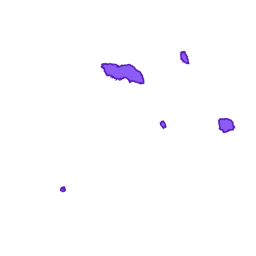 San Cristobal, Galápagos, Ecuador (orthographic projection), rotated 232°
{"feature_id": "8360857B96374734157472", "entity_name": "San Cristobal", "entity_type": "district", "adm_level": 2, "iso_a3": "ECU", "parent_name": "Ecuador", "parent_adm1": "Galápagos", "projection": "orthographic", "projection_center": [-89.85, -0.532], "detail": "fine", "context": "isolated", "style": "filled", "palette": "violet", "viewbox_px": 256, "rotation_deg": 232, "n_neighbors": 0, "source": "geoboundaries", "source_scale": "gbopen_adm2", "svg_char_len": 5842}
<svg xmlns="http://www.w3.org/2000/svg" viewBox="0 0 256 256"><g transform="rotate(232 128 128)"><path d="M182.6,144.0L182.5,143.9L182.4,144.2L181.7,144.4L181.3,145.1L181.5,145.6L181.2,145.8L181.1,145.5L180.9,145.9L180.1,146.3L180.1,146.7L179.6,146.6L178.9,146.9L178.7,146.6L178.8,146.8L178.7,147.0L178.6,146.8L178.5,147.2L178.8,147.2L178.3,147.4L178.1,147.2L177.8,147.6L177.5,147.1L177.2,147.0L177.4,147.2L177.2,147.3L177.1,147.1L176.6,148.0L175.2,148.2L175.1,148.8L174.7,148.9L174.6,149.2L174.1,148.9L173.8,149.3L173.5,149.0L173.6,149.7L173.4,150.2L173.0,150.5L172.6,150.4L171.7,151.3L171.2,151.0L171.1,151.4L170.8,151.7L171.4,152.1L171.5,152.4L171.2,152.8L171.4,152.8L171.1,153.1L170.7,153.0L170.9,153.8L170.0,154.4L170.3,155.1L170.0,155.7L170.4,155.7L170.5,156.0L169.8,156.5L169.6,156.9L168.7,157.7L167.1,157.8L166.9,158.2L166.6,158.1L166.3,158.1L165.8,158.4L165.2,158.3L164.9,158.6L164.7,158.5L164.7,157.9L164.2,157.9L163.8,157.7L163.0,157.8L162.8,157.7L162.8,158.3L162.6,158.4L162.8,158.8L163.1,158.8L163.2,159.1L162.9,159.4L163.1,159.9L162.8,160.1L162.6,160.7L162.0,160.8L161.9,160.7L161.8,160.8L161.1,161.4L161.1,161.7L159.8,162.1L159.5,162.3L159.6,162.6L158.7,163.2L158.6,163.5L157.4,163.8L156.9,164.4L156.1,164.6L156.0,165.0L155.5,164.9L155.3,165.1L155.4,165.5L155.6,165.5L155.7,166.2L155.4,166.5L155.0,166.3L154.5,166.3L154.2,166.7L154.2,167.0L153.8,167.9L153.9,168.2L154.2,168.2L154.4,168.5L155.1,168.7L156.1,169.9L156.7,169.8L157.7,170.3L158.0,170.2L158.0,170.4L158.4,170.4L158.4,170.6L159.1,170.6L159.7,171.2L160.5,171.2L160.8,171.6L161.2,171.7L161.6,171.3L161.7,171.6L162.2,171.7L163.1,171.5L163.1,171.8L163.3,171.9L163.7,171.8L164.6,172.0L166.1,171.3L166.3,171.3L166.5,170.9L167.0,170.7L167.3,170.7L167.6,170.4L167.9,170.5L168.0,170.4L168.4,170.5L168.8,170.2L169.7,170.0L171.4,170.3L172.4,170.1L173.0,169.7L173.4,169.8L174.0,169.7L174.3,169.5L174.5,169.0L175.3,168.8L175.8,168.8L176.1,168.5L176.4,168.6L177.0,168.0L177.5,167.8L177.9,166.9L178.0,166.0L178.2,165.6L178.5,165.4L178.9,164.8L178.8,164.7L179.9,163.7L180.1,162.8L180.4,162.3L180.3,162.0L180.6,161.8L181.1,161.8L181.2,161.5L181.4,161.4L181.3,160.8L181.4,160.3L181.2,160.2L181.6,159.5L181.5,159.2L181.4,159.1L181.4,158.9L181.8,158.6L182.0,158.6L182.0,158.4L182.2,158.6L182.5,158.3L182.4,158.6L182.6,158.6L182.6,158.4L182.4,158.2L182.6,157.9L182.8,157.9L183.0,157.6L183.2,157.9L183.4,157.5L183.6,158.0L183.8,157.7L184.1,158.0L184.3,157.8L184.7,157.8L185.9,157.1L185.9,156.9L186.3,156.7L186.5,156.4L187.0,156.1L187.2,154.8L187.5,154.8L187.9,154.5L188.0,154.6L188.1,154.4L188.3,154.4L189.6,153.6L190.4,151.6L190.5,151.1L190.8,150.9L191.0,151.0L191.1,150.8L190.9,150.7L191.1,150.4L191.5,150.7L191.7,150.3L192.4,150.1L192.4,149.7L192.7,149.5L192.6,149.4L192.6,148.9L193.0,148.5L193.8,148.0L194.0,147.5L193.9,146.8L193.6,146.6L193.4,146.8L193.2,146.7L192.7,146.7L192.7,146.4L193.0,146.3L192.6,146.2L192.6,145.9L192.9,145.1L192.5,145.1L192.1,144.7L191.5,144.9L191.3,145.2L190.9,145.2L191.0,145.3L190.7,145.8L190.0,145.9L189.8,146.1L189.4,145.7L188.7,145.6L187.7,144.9L187.5,144.4L187.3,144.3L186.3,144.4L186.1,144.7L185.5,144.6L185.3,144.3L184.6,144.5L184.3,144.1L184.1,144.4L183.9,144.0L182.6,144.0ZM71.0,199.6L70.7,199.7L70.6,200.1L70.0,200.0L69.8,200.3L69.5,200.2L69.5,200.5L69.3,200.6L69.1,200.4L68.5,201.2L68.0,201.3L67.9,201.6L67.0,201.4L66.8,200.7L66.5,200.6L66.1,200.8L65.8,200.7L65.4,200.9L65.1,202.3L65.0,202.5L64.8,202.4L64.5,202.8L64.3,203.7L64.5,204.2L64.3,204.5L64.3,204.9L64.6,205.0L64.8,205.2L64.8,205.5L64.3,205.5L64.3,205.9L64.0,206.0L63.9,205.9L63.9,206.2L63.6,206.7L63.8,207.4L63.5,207.4L63.0,207.8L62.8,208.5L62.4,209.2L62.0,209.4L62.4,210.5L62.7,210.9L63.1,210.8L63.3,211.1L63.4,211.7L63.2,211.9L63.8,211.9L64.0,212.0L63.9,212.3L64.3,212.2L64.3,212.5L64.7,212.3L66.5,212.9L66.6,213.2L67.1,213.5L67.5,213.6L68.0,214.1L68.8,213.8L70.1,214.0L70.9,213.8L71.7,213.3L72.2,212.7L72.8,212.4L73.4,212.5L73.6,212.4L73.8,212.0L75.0,211.0L75.4,210.0L75.7,209.8L75.8,209.4L75.5,209.1L75.7,208.9L76.0,208.9L76.7,208.0L77.3,207.8L77.3,207.5L77.2,207.4L77.7,207.0L77.6,206.3L78.1,205.5L78.2,205.3L78.4,205.5L78.4,205.4L77.8,203.9L77.6,204.0L77.4,203.7L76.6,203.7L76.4,203.1L75.6,202.5L74.7,202.1L74.1,202.2L73.4,201.5L72.2,201.0L71.6,201.0L71.2,200.7L71.1,200.3L71.4,199.8L71.0,199.6ZM150.2,212.6L149.7,212.4L149.7,212.6L149.4,212.5L148.9,212.9L148.2,212.6L148.1,212.9L147.6,213.0L147.1,212.6L146.6,212.8L146.3,212.5L146.2,213.0L144.6,213.2L143.7,214.0L142.8,214.0L142.5,214.4L142.6,214.7L142.3,215.1L141.7,215.2L141.7,215.6L142.2,215.5L142.9,216.3L143.9,216.5L144.6,216.9L145.1,217.4L145.4,217.5L145.7,217.4L145.9,217.7L146.6,217.6L146.9,217.8L147.4,217.7L147.8,218.6L148.1,218.4L148.4,218.4L148.8,218.6L149.2,218.6L149.2,218.8L149.9,218.8L150.2,218.6L150.8,218.9L151.6,218.8L151.9,219.1L152.1,218.9L152.3,219.0L152.5,218.8L152.9,219.4L153.0,219.2L153.2,219.4L153.6,219.2L153.9,218.9L153.7,218.1L154.0,217.6L154.6,217.7L154.8,217.6L154.5,217.1L154.6,216.9L153.9,216.6L153.9,216.3L154.2,216.0L153.9,216.0L153.9,215.7L153.5,215.7L153.3,214.7L152.9,214.5L152.5,214.7L151.7,213.7L150.5,213.4L150.2,213.0L150.3,212.8L150.2,212.6ZM110.5,155.8L105.9,155.8L105.9,156.0L106.2,156.3L106.4,156.5L106.5,156.9L105.8,157.5L105.6,157.8L105.7,158.5L106.0,158.8L106.8,158.9L107.9,159.5L109.3,159.8L109.6,159.7L110.2,160.0L110.6,159.7L111.0,159.9L111.9,159.8L111.9,159.5L112.3,158.6L111.8,158.2L112.0,157.8L111.8,157.5L112.0,157.3L111.5,156.8L111.7,156.6L111.0,156.4L110.8,156.0L110.5,155.8ZM119.9,36.6L119.1,37.2L118.1,37.5L117.6,38.4L117.4,39.7L117.5,40.1L117.8,40.3L118.1,40.6L118.9,40.7L118.9,40.1L119.2,39.8L119.5,39.6L120.5,39.5L120.8,40.0L120.8,40.8L119.8,41.1L119.9,41.4L120.3,41.5L120.9,41.3L120.9,41.0L121.1,40.8L121.0,40.5L121.7,39.7L121.8,39.0L121.5,37.8L121.2,37.7L120.8,37.0L120.6,37.0L120.3,36.6L119.9,36.6Z" fill="#8b5cf6" stroke="#5b21b6" stroke-width="1.5"/></g></svg>